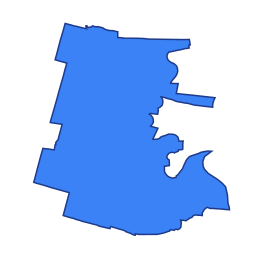 the district of Dobresti, Dolj, Romania, rotated 177°
{"feature_id": "2599482B36171757906736", "entity_name": "Dobresti", "entity_type": "district", "adm_level": 2, "iso_a3": "ROU", "parent_name": "Romania", "parent_adm1": "Dolj", "projection": "orthographic", "projection_center": [23.926, 43.971], "detail": "fine", "context": "isolated", "style": "filled", "palette": "blue", "viewbox_px": 256, "rotation_deg": 177, "n_neighbors": 0, "source": "geoboundaries", "source_scale": "gbopen_adm2", "svg_char_len": 5563}
<svg xmlns="http://www.w3.org/2000/svg" viewBox="0 0 256 256"><g transform="rotate(177 128 128)"><path d="M185.3,235.7L187.5,229.0L190.9,219.5L195.1,206.3L197.2,199.9L185.7,196.0L187.9,189.6L189.8,183.5L192.9,174.5L195.6,166.5L198.1,158.9L201.1,150.2L203.0,144.7L204.9,139.3L205.4,137.6L202.8,137.0L196.4,135.7L193.6,135.1L194.8,131.2L196.3,126.7L197.6,122.8L198.4,120.0L198.6,119.8L199.4,119.1L200.1,118.2L200.8,117.5L200.9,116.8L200.9,116.0L200.9,115.4L200.8,115.2L200.3,115.0L201.6,115.2L202.6,110.9L202.9,110.0L203.4,110.1L205.1,110.5L207.4,111.0L209.7,111.4L211.8,111.6L214.0,112.2L215.6,107.5L216.1,106.2L217.9,100.6L219.8,94.7L221.1,90.8L221.7,88.7L224.0,81.6L225.0,78.7L222.2,77.6L214.9,75.2L210.8,73.6L206.7,72.1L190.0,66.5L197.3,44.0L193.2,42.5L190.0,41.4L186.6,40.4L185.4,39.7L180.9,38.2L178.6,37.2L176.5,36.6L175.0,36.1L173.6,35.7L167.1,33.6L164.9,33.0L164.4,32.9L163.9,32.7L163.3,32.1L162.6,31.9L161.9,31.6L161.2,31.2L160.2,31.0L153.6,29.1L151.3,28.5L150.9,29.9L150.8,30.1L150.5,30.3L150.4,30.5L148.5,29.8L145.7,28.9L143.6,28.1L142.0,27.5L141.0,27.2L138.0,26.2L136.8,25.6L135.4,24.5L133.0,23.5L132.2,23.2L131.9,23.0L131.3,22.8L130.2,22.2L127.9,20.9L127.3,20.7L126.4,20.6L126.4,21.9L126.1,21.9L124.6,21.6L123.7,21.3L122.7,21.2L121.9,21.1L111.8,20.6L107.2,20.4L105.1,20.3L104.0,20.3L98.7,21.1L97.5,21.5L96.3,21.7L93.3,22.6L91.8,22.9L91.6,23.2L91.4,23.4L91.3,23.9L91.2,24.1L90.7,24.2L89.8,24.0L89.3,23.8L88.7,23.8L87.6,23.6L87.3,23.5L87.0,23.5L86.8,23.7L86.6,23.9L86.1,24.2L85.5,24.4L85.0,24.4L84.7,24.2L83.8,23.9L83.0,24.1L82.0,24.6L80.7,25.7L80.4,26.3L79.9,29.3L79.7,30.6L79.7,30.9L79.7,31.3L79.8,31.6L80.0,31.9L80.2,32.2L80.3,32.8L80.4,33.3L79.8,33.2L79.6,33.2L79.3,33.1L78.9,33.0L77.4,32.9L76.6,32.8L75.4,32.4L75.1,32.3L74.9,32.3L74.2,32.8L73.8,33.1L73.1,33.5L71.7,34.2L71.2,34.7L70.9,34.8L70.6,35.0L70.0,35.1L69.1,35.2L68.7,35.7L68.5,35.9L68.3,36.0L68.2,36.3L67.6,36.8L67.2,37.0L66.5,37.4L66.2,37.5L64.2,37.6L63.4,37.4L62.8,37.2L61.6,37.2L58.4,36.7L58.3,37.7L58.3,38.7L58.3,39.3L57.0,41.2L55.8,42.8L54.8,43.6L53.4,44.5L53.1,44.5L52.7,44.6L52.5,44.4L50.2,43.4L47.2,43.2L44.4,42.8L39.0,42.2L35.5,41.6L32.9,41.3L31.0,41.0L31.0,43.0L32.1,47.9L32.2,56.0L33.6,64.1L36.9,68.1L41.5,72.1L46.8,76.0L50.2,78.4L53.8,82.8L55.0,86.1L55.0,90.7L53.1,95.4L45.7,100.4L49.5,100.8L52.7,100.5L55.9,100.0L56.9,99.8L57.6,99.4L59.7,98.6L60.2,98.6L61.3,98.2L64.7,97.3L66.8,96.7L68.3,96.1L68.7,95.7L70.6,93.9L71.4,92.9L73.6,88.9L75.7,84.5L76.1,83.9L78.0,81.9L80.6,78.7L81.3,78.3L82.0,77.8L82.4,77.6L82.4,76.6L82.7,76.1L83.1,76.1L85.7,75.7L86.7,75.5L87.2,75.9L87.6,76.2L88.4,76.4L89.0,76.7L89.7,77.0L90.6,77.6L91.9,79.0L92.5,79.9L93.0,80.5L93.5,81.8L93.8,82.6L93.9,82.9L93.8,83.0L93.7,87.8L88.7,88.3L88.7,88.6L88.5,89.6L88.6,94.0L89.9,95.0L90.4,95.7L90.6,96.8L90.7,97.6L90.2,98.5L89.3,99.8L88.6,100.5L87.4,101.0L86.4,101.4L84.8,101.4L83.7,101.1L83.2,100.9L82.9,100.7L82.0,101.2L81.1,101.4L80.5,101.8L79.4,101.9L79.1,102.2L78.8,102.6L78.8,103.2L78.8,103.5L74.7,103.6L74.6,103.8L74.4,104.4L74.3,105.8L74.2,106.9L74.2,107.7L74.2,108.5L73.8,111.2L73.6,112.1L77.7,112.1L78.6,116.2L79.9,117.6L80.8,118.4L81.9,118.9L83.3,119.3L84.4,119.5L86.0,119.7L88.0,119.7L92.0,118.3L93.5,118.1L96.1,117.1L96.7,116.2L97.9,115.7L99.6,115.3L102.7,115.3L103.8,115.5L98.1,126.2L100.5,127.0L102.3,127.6L104.4,128.1L105.4,128.8L104.0,129.9L103.1,131.1L102.4,132.4L102.3,133.5L102.4,135.0L102.5,136.4L103.0,137.4L103.8,138.7L104.8,139.9L106.0,140.7L105.0,141.4L99.7,140.5L97.9,140.2L97.6,140.2L96.8,143.8L97.0,145.1L97.0,145.7L96.9,146.3L95.4,146.8L93.3,148.3L92.5,149.4L91.9,151.5L91.8,153.0L91.9,154.5L92.6,156.2L93.3,157.3L91.6,157.1L89.5,156.3L87.1,155.4L82.5,154.0L78.5,152.1L77.2,151.7L74.0,151.0L72.4,150.6L70.0,150.0L67.0,149.5L60.9,147.5L49.4,145.5L45.2,144.8L42.3,144.4L42.3,145.6L42.0,148.0L41.6,149.2L41.3,149.9L40.6,151.7L40.1,152.5L39.5,153.7L61.3,157.3L74.2,159.3L74.5,159.4L77.3,159.8L78.0,159.8L75.6,169.7L80.1,170.1L82.3,170.4L83.1,170.4L83.1,170.8L82.9,171.0L82.6,171.7L82.2,172.2L81.2,173.3L78.2,176.5L77.2,177.8L76.7,178.6L76.4,179.3L75.8,180.6L75.4,182.0L75.4,183.0L75.4,183.9L75.5,184.7L75.8,186.2L76.0,186.6L76.2,187.2L76.5,187.7L77.0,188.2L77.8,188.9L78.3,189.5L78.8,189.9L80.1,190.6L81.8,191.4L82.4,191.9L83.0,192.3L84.0,193.4L84.5,194.1L84.8,194.7L85.1,195.6L85.3,197.1L85.3,198.1L85.2,198.4L84.8,199.5L84.3,200.4L83.5,201.4L83.3,201.7L83.2,201.7L82.5,201.7L74.5,203.0L71.9,203.3L66.3,204.4L65.5,204.3L62.7,204.7L63.0,207.4L61.5,207.7L62.1,213.2L68.2,213.4L81.7,214.3L96.5,215.3L102.8,215.7L108.0,216.6L114.1,217.1L120.0,217.5L127.9,217.9L127.9,218.1L128.0,218.2L129.5,218.3L130.7,218.6L133.6,218.9L133.4,220.7L133.3,222.6L133.2,224.7L134.1,224.8L135.0,225.1L136.7,225.6L137.3,225.8L138.3,226.1L138.8,226.0L139.0,226.0L139.9,226.2L140.5,226.4L141.0,226.3L141.4,226.3L141.7,226.2L141.9,226.3L142.0,226.4L142.3,226.6L142.7,226.6L142.8,226.8L143.2,226.8L143.6,226.8L143.8,227.0L144.1,227.0L144.6,227.2L145.7,227.9L146.2,228.0L146.7,228.4L147.0,228.7L147.4,229.0L147.7,229.2L148.0,229.2L148.4,229.5L150.7,230.2L151.5,230.4L151.8,230.4L151.8,230.5L152.2,230.5L152.4,230.7L152.7,230.8L153.0,230.8L153.7,230.8L154.2,230.6L154.6,230.8L155.0,230.8L155.5,231.0L155.7,230.9L155.8,231.0L156.1,231.1L156.3,231.1L157.1,231.5L157.5,231.6L158.0,231.9L158.5,231.6L158.8,231.3L159.1,230.9L159.5,230.7L160.0,230.7L160.5,230.8L161.4,230.6L161.5,230.5L162.2,230.6L163.0,230.8L163.1,231.0L163.8,232.3L164.7,232.2L164.7,231.4L164.6,230.6L164.5,229.9L164.2,229.3L165.9,229.7L175.1,232.5L176.3,232.7L177.0,232.9L178.4,233.5L185.3,235.7Z" fill="#3b82f6" stroke="#1e3a8a" stroke-width="1.5"/></g></svg>